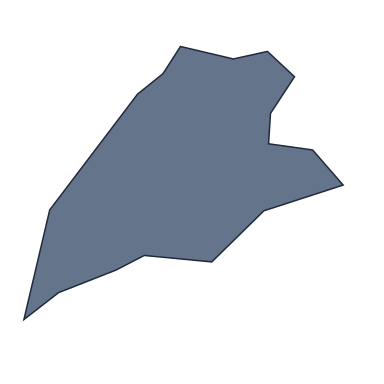 outline of Faetano, rotated 188°
{"feature_id": "SMR-4888", "entity_name": "Faetano", "entity_type": "state/province", "adm_level": 1, "iso_a3": "SMR", "parent_name": "San Marino", "parent_adm1": "", "projection": "equal_earth", "projection_center": [12.476, 43.936], "detail": "fine", "context": "isolated", "style": "filled", "palette": "slate", "viewbox_px": 384, "rotation_deg": 188, "n_neighbors": 0, "source": "natural_earth", "source_scale": "10m", "svg_char_len": 394}
<svg xmlns="http://www.w3.org/2000/svg" viewBox="0 0 384 384"><g transform="rotate(188 192 192)"><path d="M340.7,42.3L330.4,154.5L267.6,266.9L259.5,281.4L237.1,305.3L223.7,334.5L169.7,329.5L136.9,341.7L106.5,320.4L125.2,280.8L122.9,250.4L78.4,250.4L43.3,219.9L118.2,183.4L162.7,125.5L230.5,122.5L256.3,104.2L310.1,73.8L340.7,42.3Z" fill="#64748b" stroke="#1e293b" stroke-width="1.5"/></g></svg>